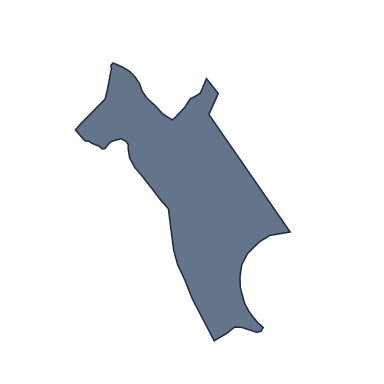 the district of Batha Ouest, Batha, Chad, rotated 134°
{"feature_id": "50815135B78939282341988", "entity_name": "Batha Ouest", "entity_type": "district", "adm_level": 2, "iso_a3": "TCD", "parent_name": "Chad", "parent_adm1": "Batha", "projection": "natural_earth1", "projection_center": [18.7, 14.28], "detail": "fine", "context": "isolated", "style": "filled", "palette": "slate", "viewbox_px": 384, "rotation_deg": 134, "n_neighbors": 0, "source": "geoboundaries", "source_scale": "gbopen_adm2", "svg_char_len": 1147}
<svg xmlns="http://www.w3.org/2000/svg" viewBox="0 0 384 384"><g transform="rotate(134 192 192)"><path d="M283.6,72.7L268.9,68.6L259.8,67.6L254.9,62.3L248.1,48.2L244.4,45.6L241.9,46.2L240.0,46.6L240.2,51.3L240.3,53.6L240.0,56.3L239.6,61.0L238.4,68.0L235.6,76.7L234.8,78.1L227.3,90.7L225.4,92.7L220.4,97.9L216.1,101.2L209.3,105.9L197.7,109.3L181.6,109.0L169.2,105.9L152.6,93.6L124.5,233.7L102.9,241.5L100.4,260.4L109.7,256.7L115.2,254.7L120.8,256.1L126.2,258.0L136.2,256.0L150.5,255.9L153.8,256.3L155.3,262.7L156.1,268.2L155.5,277.5L155.6,282.9L155.9,289.2L154.0,298.1L150.4,305.2L148.8,312.9L148.6,320.9L150.5,328.8L152.1,333.7L154.0,338.4L157.2,338.4L159.2,335.7L175.4,325.1L185.2,319.2L187.1,319.1L220.6,319.4L228.3,319.0L229.5,307.3L229.4,304.2L227.3,301.7L226.5,298.1L225.4,294.8L223.7,291.2L223.4,286.4L221.1,284.8L218.2,285.1L214.6,285.4L211.4,285.0L206.5,282.2L203.2,280.2L201.4,275.1L202.2,270.8L205.2,268.0L210.7,260.7L214.1,250.4L215.0,240.6L216.7,228.5L217.3,223.7L219.5,209.4L220.5,197.3L232.5,182.4L246.6,164.7L254.2,151.9L260.6,135.2L268.5,117.9L274.3,100.6L283.6,72.7Z" fill="#64748b" stroke="#1e293b" stroke-width="1.5"/></g></svg>